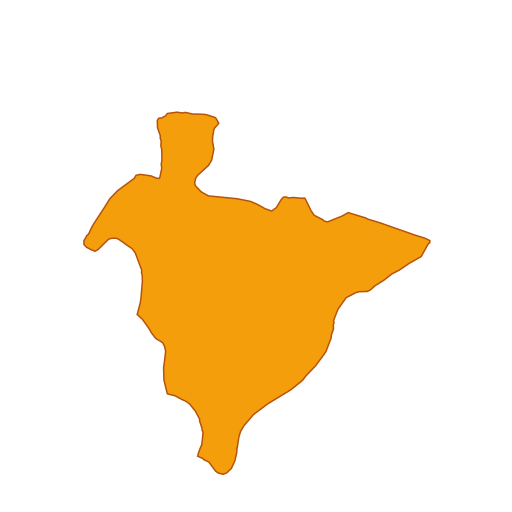 the district of Chichicastenango, Quiché, Guatemala, rotated 148°
{"feature_id": "79465075B12794992131800", "entity_name": "Chichicastenango", "entity_type": "district", "adm_level": 2, "iso_a3": "GTM", "parent_name": "Guatemala", "parent_adm1": "Quiché", "projection": "albers", "projection_center": [-91.088, 14.889], "detail": "fine", "context": "isolated", "style": "filled", "palette": "amber", "viewbox_px": 512, "rotation_deg": 148, "n_neighbors": 0, "source": "geoboundaries", "source_scale": "gbopen_adm2", "svg_char_len": 2312}
<svg xmlns="http://www.w3.org/2000/svg" viewBox="0 0 512 512"><g transform="rotate(148 256 256)"><path d="M225.1,158.1L225.0,159.3L223.2,161.1L214.7,167.4L201.6,172.9L190.5,172.0L187.4,171.0L180.5,167.0L177.1,166.6L170.8,167.7L160.5,167.7L150.3,168.8L142.2,168.1L129.9,168.6L116.2,168.0L103.3,175.1L101.6,175.2L100.4,176.9L102.4,180.1L104.0,182.4L110.8,190.3L133.4,218.6L141.9,228.3L142.5,229.8L154.8,243.9L162.1,244.3L177.2,247.0L179.9,249.8L180.1,251.4L185.1,259.7L185.3,265.3L183.9,278.6L184.4,279.7L186.3,280.5L193.4,285.9L197.4,287.8L199.3,290.2L201.6,291.4L205.2,290.3L213.0,286.3L218.9,285.8L223.2,291.3L227.5,299.1L231.7,305.2L237.0,310.2L241.7,314.6L264.5,332.2L268.5,339.5L270.2,347.9L269.2,350.6L265.9,354.0L262.9,355.3L248.2,358.0L243.0,360.7L241.5,362.2L235.1,368.9L232.0,376.6L229.4,380.3L225.0,385.2L223.4,386.4L217.2,388.3L217.0,394.7L220.9,399.5L224.1,403.0L228.8,406.3L234.3,409.8L239.8,415.2L242.8,416.4L246.7,419.8L255.8,423.9L258.2,422.8L262.9,423.1L265.5,424.4L267.8,423.4L271.5,417.1L273.5,408.4L274.6,407.1L275.6,403.6L278.3,399.8L279.5,396.3L285.3,386.6L287.7,384.2L289.4,380.4L296.2,373.3L297.3,373.3L299.2,374.8L302.7,379.7L311.1,386.7L315.0,388.0L318.0,386.4L338.5,384.8L349.7,382.0L358.2,377.8L376.7,369.2L379.9,367.5L386.6,363.2L388.8,363.0L389.8,362.3L393.8,360.2L395.8,357.0L395.1,353.2L392.6,348.9L390.1,345.4L386.7,345.1L373.0,348.2L370.9,348.2L367.5,346.7L364.9,344.9L363.6,342.9L361.3,337.7L359.8,333.7L357.2,327.9L356.7,322.8L360.5,304.3L361.7,303.1L362.9,299.6L366.0,294.4L375.7,281.5L378.6,278.0L387.8,269.3L385.9,262.6L385.2,251.9L385.4,246.3L384.7,239.1L381.1,232.0L381.5,227.7L383.1,223.1L389.9,214.6L393.7,210.1L395.5,206.9L399.8,199.6L403.4,188.7L404.2,186.1L401.2,182.9L398.8,180.5L395.0,173.8L392.4,169.9L390.7,165.6L389.6,156.2L390.3,147.2L391.2,146.2L393.2,138.2L394.0,137.1L394.1,135.0L396.6,131.5L402.0,124.7L404.0,123.4L408.8,119.8L411.6,117.1L408.2,112.1L408.3,111.2L405.2,106.3L404.3,95.1L403.1,92.1L399.6,88.3L395.9,87.6L389.6,88.8L382.6,93.4L376.9,99.1L374.3,102.4L374.3,103.2L373.4,103.5L366.4,111.6L362.2,115.3L356.1,118.5L342.0,122.9L324.5,124.4L315.7,124.3L297.3,124.1L282.4,125.9L277.1,127.9L263.4,131.4L252.7,135.6L247.5,137.8L235.9,146.5L233.8,149.2L228.9,153.1L227.1,156.4L225.1,158.1Z" fill="#f59e0b" stroke="#b45309" stroke-width="1.5"/></g></svg>